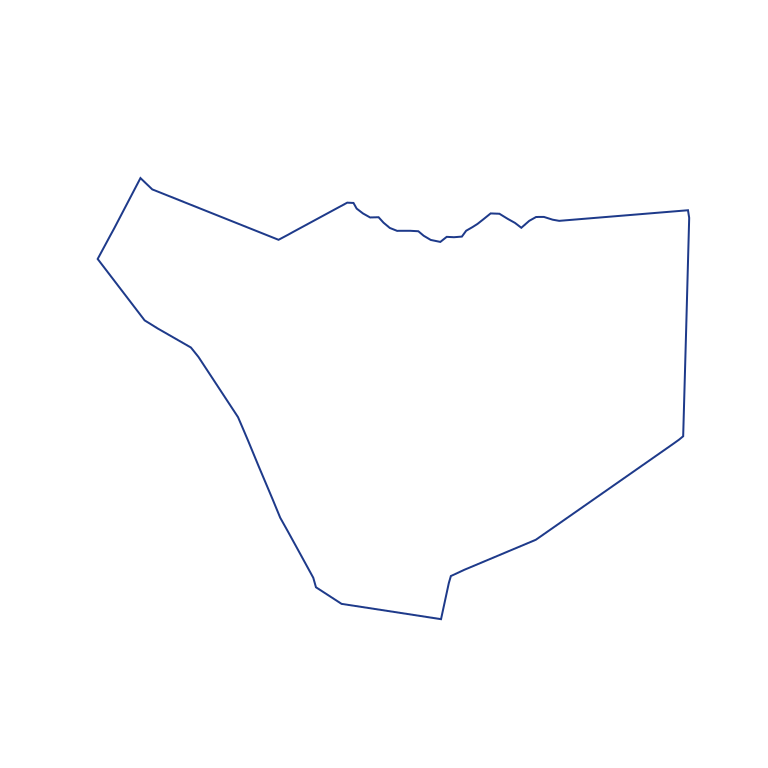 Central, Bahia, Brazil (Mercator projection), rotated 190°
{"feature_id": "56859067B75123668801869", "entity_name": "Central", "entity_type": "district", "adm_level": 2, "iso_a3": "BRA", "parent_name": "Brazil", "parent_adm1": "Bahia", "projection": "mercator", "projection_center": [-42.087, -11.142], "detail": "fine", "context": "isolated", "style": "outline", "palette": "blue", "viewbox_px": 768, "rotation_deg": 190, "n_neighbors": 0, "source": "geoboundaries", "source_scale": "gbopen_adm2", "svg_char_len": 1002}
<svg xmlns="http://www.w3.org/2000/svg" viewBox="0 0 768 768"><g transform="rotate(190 384 384)"><path d="M415.7,172.0L387.6,160.1L287.0,162.3L285.6,199.2L284.8,206.5L272.6,215.0L207.4,257.0L88.5,375.6L83.8,380.4L80.3,384.5L96.2,492.2L112.3,600.6L114.8,607.9L239.8,575.1L246.4,575.1L255.5,576.3L263.2,574.9L269.3,569.9L275.9,561.7L283.0,565.4L290.8,568.1L299.9,571.7L308.6,570.5L314.8,563.4L319.7,557.9L324.2,553.8L329.7,549.2L332.9,542.7L340.6,540.7L347.8,539.8L353.2,533.7L363.0,534.0L370.7,536.9L376.7,540.4L384.2,539.5L392.4,538.1L397.7,537.1L405.4,538.7L412.5,542.8L418.3,547.3L426.6,545.6L434.3,548.3L441.4,552.0L445.5,557.0L451.7,556.2L500.0,517.9L504.3,514.4L512.9,507.7L646.0,535.4L653.8,540.6L659.6,544.5L676.8,490.2L679.6,481.9L682.2,474.0L687.7,457.4L630.8,405.1L616.3,399.3L580.5,386.4L571.5,378.5L522.0,326.0L515.7,316.4L507.9,304.4L493.4,281.6L473.6,251.0L463.0,234.3L453.2,222.3L438.9,204.5L431.7,195.5L420.0,180.9L415.7,172.0Z" fill="none" stroke="#1e3a8a" stroke-width="2"/></g></svg>